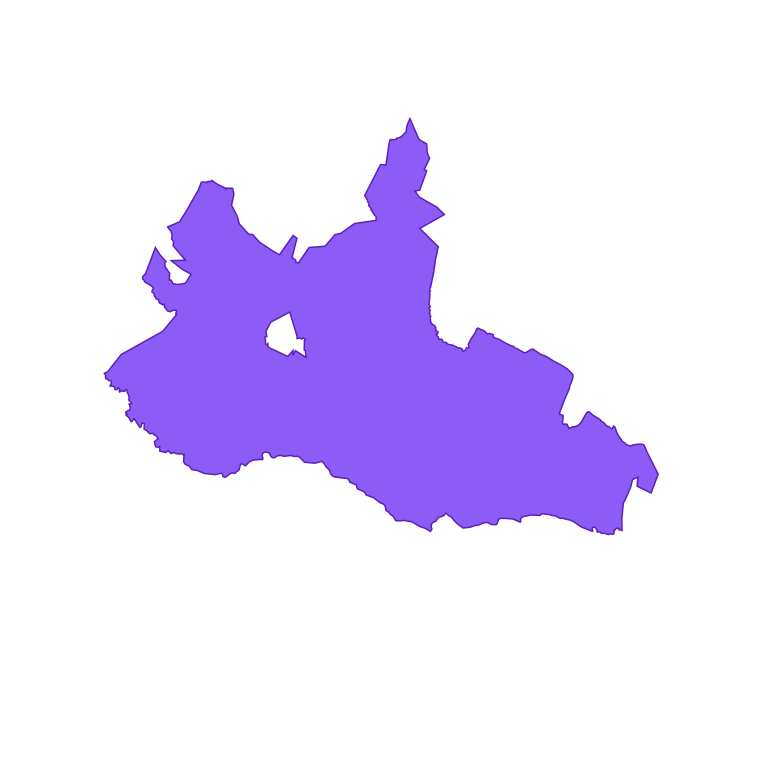 the district of Masvingo, Masvingo, Zimbabwe, rotated 315°
{"feature_id": "62879985B11590561680965", "entity_name": "Masvingo", "entity_type": "district", "adm_level": 2, "iso_a3": "ZWE", "parent_name": "Zimbabwe", "parent_adm1": "Masvingo", "projection": "mercator", "projection_center": [30.887, -20.31], "detail": "fine", "context": "isolated", "style": "filled", "palette": "violet", "viewbox_px": 768, "rotation_deg": 315, "n_neighbors": 0, "source": "geoboundaries", "source_scale": "gbopen_adm2", "svg_char_len": 6172}
<svg xmlns="http://www.w3.org/2000/svg" viewBox="0 0 768 768"><g transform="rotate(315 384 384)"><path d="M590.0,214.7L583.6,217.2L577.9,221.3L571.6,221.4L567.5,220.1L567.1,219.2L565.5,219.4L564.3,218.8L561.2,215.5L557.1,217.9L540.3,230.5L536.8,226.4L503.5,237.1L502.5,242.0L501.3,243.6L501.3,245.6L499.4,247.0L499.1,250.1L497.8,252.0L498.4,253.0L497.5,253.7L496.7,258.5L496.8,260.1L494.1,262.7L476.6,249.7L459.9,246.9L455.0,243.7L439.7,244.9L427.6,234.5L409.0,237.9L407.9,235.8L409.1,234.0L408.5,229.5L425.5,219.4L424.7,214.7L401.5,218.7L399.3,210.8L396.2,195.4L396.9,185.5L394.3,182.5L394.9,168.4L398.7,162.0L402.6,149.8L412.2,143.5L415.3,138.6L410.8,133.9L410.7,134.4L410.0,134.2L410.4,133.9L407.5,125.1L406.2,118.2L404.2,118.1L403.2,116.6L401.6,115.7L400.3,115.6L399.7,114.0L397.6,112.1L389.7,115.6L368.5,121.4L354.7,124.6L353.9,124.7L342.0,119.9L341.4,125.5L339.3,129.0L336.4,131.3L336.0,134.5L332.6,137.2L331.1,156.0L320.8,146.4L322.4,160.1L325.2,169.9L314.9,172.4L308.4,167.7L305.8,163.8L307.0,159.9L305.7,158.6L310.7,154.2L312.1,146.5L314.4,143.4L316.4,143.2L316.9,134.8L318.8,125.9L293.7,137.2L291.6,137.6L290.0,137.2L288.6,138.0L287.8,139.1L287.8,140.5L287.0,142.5L288.8,149.7L288.9,152.6L287.7,153.7L285.6,154.2L285.0,154.9L285.3,157.2L284.9,158.4L283.7,159.3L283.9,160.4L283.1,162.5L284.1,165.5L282.8,167.0L282.6,168.3L283.7,171.6L284.9,172.1L283.2,174.6L282.7,179.7L283.8,181.5L287.9,183.3L289.1,184.9L288.7,185.9L286.4,187.0L286.3,188.2L264.8,190.3L219.1,177.3L197.6,179.9L193.7,178.7L193.3,181.3L192.1,182.0L191.2,183.2L191.2,184.1L192.0,185.0L191.8,186.7L193.3,188.9L191.6,190.8L188.9,191.6L191.4,195.1L189.9,197.8L191.4,199.3L192.6,198.6L193.5,198.9L193.2,201.0L191.6,201.9L191.5,202.8L192.8,202.7L195.5,205.9L197.6,205.3L198.0,206.6L196.3,208.7L196.2,209.9L194.3,213.2L193.6,214.1L192.5,214.4L192.0,215.5L192.2,218.3L191.6,219.0L190.8,219.0L189.8,217.9L187.7,221.4L186.7,222.2L185.4,222.3L181.8,221.2L181.2,221.7L181.0,223.4L180.4,222.8L179.6,223.8L179.9,227.6L178.5,231.5L178.8,232.1L179.7,232.3L182.5,231.5L182.8,232.0L180.6,241.9L182.0,242.4L185.2,240.3L186.5,242.5L182.5,246.2L183.4,249.7L183.0,253.4L185.7,255.3L185.5,257.7L186.4,259.0L185.5,262.9L180.9,262.4L178.9,265.4L178.4,267.4L179.3,268.9L181.0,269.7L178.0,273.0L181.3,278.1L184.1,278.6L184.2,282.6L186.9,283.7L188.0,286.6L192.9,292.1L192.9,292.7L191.9,292.7L191.3,293.8L187.4,297.1L186.7,300.2L188.2,304.4L187.6,308.7L190.9,313.3L193.7,320.2L200.7,328.9L205.5,331.7L206.0,333.6L204.7,335.4L205.4,337.2L206.1,337.9L211.8,338.6L213.7,339.4L215.1,341.5L215.9,342.0L217.5,341.6L219.5,342.2L221.2,342.0L226.0,339.1L227.7,341.2L227.8,343.1L228.4,344.0L233.4,343.8L237.4,345.1L242.9,349.6L244.7,351.6L246.0,350.8L246.9,348.9L248.3,347.5L250.2,347.3L251.6,347.8L254.1,351.5L252.7,355.9L253.2,357.7L255.2,358.9L258.1,359.5L260.4,361.5L262.4,364.6L267.2,368.4L269.7,372.2L271.6,373.8L272.6,375.6L272.4,383.0L279.2,391.2L284.6,394.2L285.5,395.3L285.4,398.0L284.5,401.5L284.5,405.9L282.7,410.0L282.7,413.3L283.5,415.1L291.1,424.7L291.6,426.0L290.4,429.3L293.2,436.2L291.7,437.8L291.0,439.3L293.6,445.8L293.7,447.7L292.9,449.8L296.2,457.1L297.3,465.5L298.7,468.4L298.6,471.0L295.9,474.9L296.6,477.1L296.3,480.3L296.9,484.4L295.7,488.7L296.9,490.6L301.9,494.9L305.8,500.5L306.7,502.6L308.4,509.8L311.3,515.7L312.5,521.0L315.1,520.6L316.7,518.1L319.1,516.4L321.2,516.6L323.6,517.7L327.9,516.9L333.2,519.4L335.9,518.9L336.6,520.2L336.6,522.8L337.6,525.7L337.0,530.1L337.1,535.6L338.1,541.8L343.8,546.3L348.0,548.2L350.4,550.3L354.7,552.0L358.1,553.9L359.4,555.3L360.5,559.2L363.7,562.7L365.4,562.7L369.2,560.7L371.2,561.3L375.1,565.2L379.7,570.6L382.6,578.0L383.7,577.7L385.6,575.6L388.6,576.2L395.1,580.4L401.1,587.0L404.0,587.6L404.8,588.3L408.7,593.5L410.5,596.9L411.9,598.2L413.5,603.6L415.0,604.8L419.4,612.0L420.6,615.0L422.4,624.6L427.1,635.5L427.8,635.4L428.3,634.1L429.4,633.2L431.2,633.5L431.7,634.2L431.5,638.1L430.3,638.9L430.1,639.6L432.2,641.3L432.1,643.3L434.3,645.4L436.2,649.2L438.0,649.8L439.4,651.9L440.6,652.6L443.1,650.3L443.9,650.7L446.1,650.1L447.7,651.8L447.0,653.3L448.2,654.6L448.7,655.9L456.1,648.2L468.9,637.5L472.8,636.4L485.5,631.4L492.2,627.3L497.6,629.4L490.7,635.3L495.8,650.0L514.1,641.6L521.8,618.3L524.8,611.0L523.9,609.0L520.9,606.1L516.8,603.1L514.2,601.9L512.7,598.7L512.6,595.7L512.0,593.4L513.4,585.8L514.2,583.1L516.7,578.1L516.5,576.1L513.9,576.9L513.1,576.5L512.9,573.4L511.8,571.3L512.1,567.1L511.4,564.7L511.6,561.8L509.5,552.5L509.4,548.7L508.6,547.9L506.8,547.6L496.6,550.5L492.6,550.6L489.4,549.5L487.3,547.8L483.5,546.1L484.9,542.0L484.4,540.9L482.1,539.1L482.7,537.7L488.1,533.4L488.1,531.7L486.7,529.7L488.4,528.2L500.9,522.6L511.5,518.5L513.9,516.8L520.9,513.8L523.2,512.1L524.3,510.5L524.3,503.3L522.9,496.7L520.2,488.0L518.0,478.5L515.7,473.7L514.1,464.7L512.3,463.5L506.6,462.1L505.1,460.7L502.9,452.5L501.8,451.3L502.3,449.0L501.2,447.4L498.5,440.0L497.0,433.7L494.9,429.7L494.8,427.8L496.0,426.7L495.8,425.6L494.6,423.0L492.6,422.0L492.4,417.2L489.8,410.7L488.9,410.6L485.0,412.1L475.3,414.2L471.3,415.7L470.3,417.9L468.7,417.8L468.0,416.7L466.1,417.4L463.3,417.1L463.1,415.9L464.0,414.9L463.5,412.5L462.1,411.0L460.0,405.1L457.5,401.5L457.1,398.2L455.3,396.1L456.5,394.2L456.3,392.9L454.3,391.1L455.7,389.2L455.5,387.0L456.0,385.8L456.4,385.7L457.1,386.5L459.1,385.4L458.4,382.6L459.4,382.1L459.8,381.0L460.6,380.6L461.0,378.0L460.3,376.3L460.9,373.2L463.9,369.4L465.0,369.2L465.3,367.6L466.4,366.6L466.4,365.6L469.0,364.4L468.9,362.8L469.9,361.9L471.0,362.3L472.6,359.2L479.2,353.7L481.3,351.0L482.6,351.0L482.8,349.8L484.2,348.7L485.4,348.5L498.4,340.0L508.5,332.3L515.0,328.3L517.3,326.4L519.4,325.6L519.3,299.3L546.5,306.9L546.4,296.3L541.1,277.0L542.3,269.4L546.3,272.2L564.9,263.5L564.2,260.7L575.7,256.8L577.6,252.0L579.2,249.5L580.5,248.5L583.9,244.5L581.7,235.8L590.0,214.7ZM347.7,260.1L368.2,266.5L356.3,288.8L354.6,290.3L357.5,292.5L357.6,294.1L358.9,294.3L359.8,295.0L359.6,297.1L358.4,297.0L351.7,303.5L351.7,305.2L347.6,310.1L345.0,297.8L339.9,299.1L343.3,296.0L335.4,296.4L328.1,276.1L330.3,273.3L328.8,273.4L328.6,272.1L333.4,266.4L334.7,267.6L337.7,263.3L347.7,260.1Z" fill="#8b5cf6" stroke="#5b21b6" stroke-width="1.5"/></g></svg>